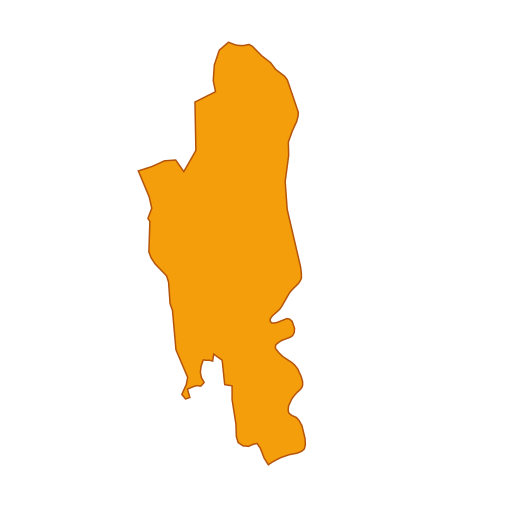 SVG path tracing the border of La Spezia, rotated 42°
{"feature_id": "ITA-5370", "entity_name": "La Spezia", "entity_type": "Province", "adm_level": 1, "iso_a3": "ITA", "parent_name": "Italy", "parent_adm1": "", "projection": "albers", "projection_center": [9.818, 44.235], "detail": "fine", "context": "isolated", "style": "filled", "palette": "amber", "viewbox_px": 512, "rotation_deg": 42, "n_neighbors": 0, "source": "natural_earth", "source_scale": "10m", "svg_char_len": 1822}
<svg xmlns="http://www.w3.org/2000/svg" viewBox="0 0 512 512"><g transform="rotate(42 256 256)"><path d="M404.9,402.9L397.2,400.7L387.9,396.0L382.2,394.6L379.8,398.0L377.8,402.5L373.3,405.8L367.6,406.6L362.4,403.5L353.4,394.2L334.4,378.8L325.1,368.5L318.8,372.5L300.6,356.1L290.2,357.2L294.1,363.1L291.4,364.4L288.8,366.8L286.3,368.5L289.1,374.9L292.5,379.7L296.8,382.9L302.1,384.7L302.1,389.6L298.8,391.9L297.2,394.3L294.1,400.8L301.5,405.4L299.3,409.4L293.5,408.5L290.2,398.1L286.4,391.9L259.2,379.2L230.3,352.3L224.0,348.9L208.6,334.0L202.9,330.6L186.3,329.4L179.4,327.6L173.7,324.7L154.0,301.3L150.5,300.4L146.6,290.3L137.2,283.6L111.6,271.5L118.7,259.3L124.3,246.5L132.1,238.4L145.9,241.6L140.7,217.8L107.6,182.4L116.0,161.0L106.9,154.3L97.2,141.9L91.0,127.7L92.5,115.6L98.7,113.2L101.0,112.0L103.4,110.2L106.0,107.9L109.2,103.5L112.9,102.6L126.2,103.4L137.6,102.6L145.7,104.2L157.2,103.3L161.5,104.2L191.3,120.9L193.8,124.1L196.2,128.8L199.4,139.0L203.8,149.7L212.9,159.3L227.9,181.2L248.0,200.5L296.6,234.4L301.5,238.7L304.7,242.3L305.5,245.0L305.9,248.0L305.8,251.3L305.5,254.7L305.4,258.0L305.6,261.3L308.8,276.1L309.2,279.1L309.1,282.3L308.2,289.1L308.6,293.1L310.2,295.0L312.4,295.3L314.3,293.7L315.9,291.7L320.8,281.9L323.2,280.4L326.6,280.4L333.1,284.0L335.6,287.3L336.5,290.8L335.7,293.6L331.7,301.4L330.8,304.3L330.1,308.5L331.1,310.5L332.3,311.6L337.8,312.6L343.3,312.8L353.7,311.2L357.7,311.2L362.5,312.0L370.5,315.5L374.6,318.1L377.1,320.8L378.1,323.3L378.2,326.4L377.8,329.5L377.8,333.5L378.2,338.2L380.5,345.6L382.9,348.9L385.5,350.8L389.4,350.5L394.0,349.0L398.3,349.5L403.9,351.5L414.5,358.8L418.9,363.1L421.0,367.1L420.7,370.1L419.7,372.7L418.4,375.1L413.4,381.8L409.3,389.3L407.6,393.6L406.1,397.9L405.1,401.7L405.0,402.7L404.9,402.9Z" fill="#f59e0b" stroke="#b45309" stroke-width="1.5"/></g></svg>